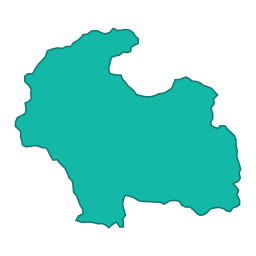 the district of Tabuleiro, Minas Gerais, Brazil
{"feature_id": "56859067B43776392913004", "entity_name": "Tabuleiro", "entity_type": "district", "adm_level": 2, "iso_a3": "BRA", "parent_name": "Brazil", "parent_adm1": "Minas Gerais", "projection": "orthographic", "projection_center": [-43.254, -21.359], "detail": "fine", "context": "isolated", "style": "filled", "palette": "teal", "viewbox_px": 256, "rotation_deg": 0, "n_neighbors": 0, "source": "geoboundaries", "source_scale": "gbopen_adm2", "svg_char_len": 2289}
<svg xmlns="http://www.w3.org/2000/svg" viewBox="0 0 256 256"><path d="M15.4,126.4L20.7,131.4L20.6,137.2L21.8,140.9L22.5,144.9L25.8,146.8L30.7,146.4L34.1,145.6L37.4,145.8L41.8,147.5L46.1,148.0L48.1,150.9L50.3,155.7L53.0,160.1L57.2,159.7L60.5,164.0L65.1,168.3L67.6,173.7L69.1,177.8L72.2,181.0L73.2,186.6L73.5,192.1L76.4,195.4L78.6,201.0L80.3,205.4L82.5,208.9L83.1,213.7L78.6,216.0L76.0,220.4L81.8,222.4L85.5,222.2L88.8,222.0L93.6,222.6L97.8,223.7L102.4,223.6L106.0,225.3L108.9,227.7L112.0,224.7L116.4,222.0L119.8,227.1L123.4,226.8L123.3,222.8L122.9,218.9L125.5,215.1L123.9,209.9L122.6,203.6L123.5,199.1L125.1,195.4L128.6,195.8L133.9,197.7L138.2,200.5L142.9,201.5L149.0,201.6L155.3,202.1L159.9,202.1L164.3,204.1L170.1,200.7L175.5,200.5L179.5,201.3L181.7,205.2L185.7,207.1L190.1,207.0L193.3,209.7L196.8,213.4L200.1,215.4L204.2,214.6L207.5,212.2L209.9,209.3L214.0,208.0L218.6,207.4L223.7,208.7L226.7,210.9L230.5,211.6L232.6,208.0L236.3,206.8L239.6,204.8L239.6,200.3L237.0,194.7L238.6,190.2L235.9,186.4L233.0,183.7L238.4,181.3L240.4,177.8L239.0,173.4L240.6,169.2L239.7,165.6L238.5,161.8L236.8,156.7L237.2,150.7L236.0,145.1L235.9,139.4L234.3,135.4L231.0,132.4L227.9,129.6L225.1,125.9L220.3,125.7L218.1,128.4L214.6,127.3L211.4,125.7L210.8,121.9L212.7,118.8L212.7,113.8L210.9,107.7L214.3,103.6L213.4,98.9L217.6,95.0L214.9,92.1L212.0,88.6L207.4,86.7L203.4,85.4L200.3,82.9L196.4,81.5L192.2,81.1L189.4,78.8L186.1,77.0L183.0,78.1L179.8,79.5L175.2,79.7L173.0,85.4L171.3,88.7L168.4,90.5L164.8,92.8L158.3,94.0L154.1,95.9L150.5,96.7L145.4,96.8L140.6,95.7L136.4,94.6L133.9,90.9L131.0,88.2L127.8,85.8L125.5,82.1L122.5,79.3L120.9,75.1L116.2,75.0L109.7,73.6L108.7,68.2L109.6,64.7L110.5,60.8L111.6,57.3L115.1,56.0L119.6,55.1L123.1,52.0L127.3,52.6L130.5,51.5L131.2,47.3L134.2,45.3L138.1,43.6L138.3,38.7L135.4,36.2L133.3,32.8L129.5,30.1L125.6,29.5L122.0,30.1L117.3,30.5L113.4,28.3L109.8,32.4L105.3,34.0L101.4,32.8L97.4,30.7L91.8,30.9L87.2,34.2L83.1,34.6L80.7,37.9L77.2,40.8L73.2,43.0L71.1,46.5L66.3,46.5L62.7,48.4L57.0,47.9L52.1,49.1L47.4,50.9L45.2,57.0L41.9,60.6L38.6,63.9L35.2,68.9L32.5,74.0L28.1,73.7L24.8,76.1L24.8,81.5L29.0,85.6L31.2,89.7L30.8,93.6L31.2,98.6L28.7,101.6L25.1,103.0L26.1,108.9L25.4,113.3L21.7,115.5L17.2,117.7L15.6,121.9L15.4,126.4Z" fill="#14b8a6" stroke="#0f766e" stroke-width="1.5"/></svg>